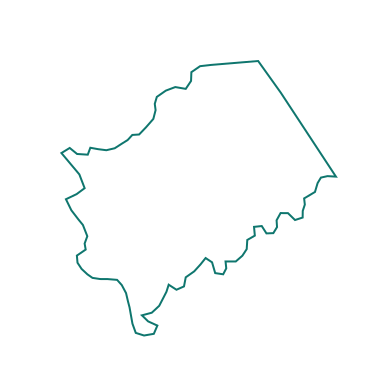 the district of Serra Alta, Santa Catarina, Brazil, rotated 62°
{"feature_id": "56859067B85443847407592", "entity_name": "Serra Alta", "entity_type": "district", "adm_level": 2, "iso_a3": "BRA", "parent_name": "Brazil", "parent_adm1": "Santa Catarina", "projection": "albers", "projection_center": [-53.016, -26.695], "detail": "fine", "context": "isolated", "style": "outline", "palette": "teal", "viewbox_px": 384, "rotation_deg": 62, "n_neighbors": 0, "source": "geoboundaries", "source_scale": "gbopen_adm2", "svg_char_len": 1296}
<svg xmlns="http://www.w3.org/2000/svg" viewBox="0 0 384 384"><g transform="rotate(62 192 192)"><path d="M96.3,289.0L123.6,283.2L138.2,285.0L139.7,294.8L139.2,306.7L151.5,307.1L162.8,305.2L169.9,303.8L181.9,305.2L187.1,311.0L192.9,312.9L194.1,323.5L200.7,326.3L208.1,325.6L215.6,323.0L221.1,320.2L225.7,314.0L229.2,307.5L234.4,299.4L241.2,297.7L250.3,297.7L258.6,299.9L264.5,301.3L271.3,303.5L280.3,306.4L290.0,307.8L296.2,301.7L299.3,292.3L293.7,285.3L285.6,291.5L277.4,294.1L279.7,284.2L277.1,274.4L272.0,267.0L268.1,261.4L262.9,256.1L271.0,251.6L271.6,243.4L264.4,237.6L263.1,227.3L259.9,218.4L256.7,211.0L263.5,207.3L274.5,209.6L279.3,203.1L275.5,197.6L269.1,195.0L273.9,186.0L271.9,177.4L268.1,170.5L260.3,165.7L260.0,157.0L251.9,153.6L254.8,146.4L263.5,145.7L266.5,139.5L262.9,133.4L256.7,130.6L252.2,123.7L255.7,117.2L265.1,114.2L266.5,106.3L260.7,103.1L256.1,98.3L250.3,96.0L249.7,83.4L243.1,76.9L239.8,71.4L241.6,64.9L246.0,57.7L145.9,67.0L107.4,72.1L88.8,115.4L84.7,125.8L85.9,136.3L93.5,140.7L98.0,149.1L91.5,157.5L90.2,167.5L91.5,178.4L96.7,183.5L102.6,185.7L109.3,191.8L113.2,202.0L116.4,211.7L113.6,217.9L115.9,224.4L116.4,231.4L117.1,239.7L114.9,248.0L110.1,254.8L105.2,261.0L110.1,266.5L104.5,275.6L95.7,279.3L96.3,289.0Z" fill="none" stroke="#0f766e" stroke-width="2"/></g></svg>